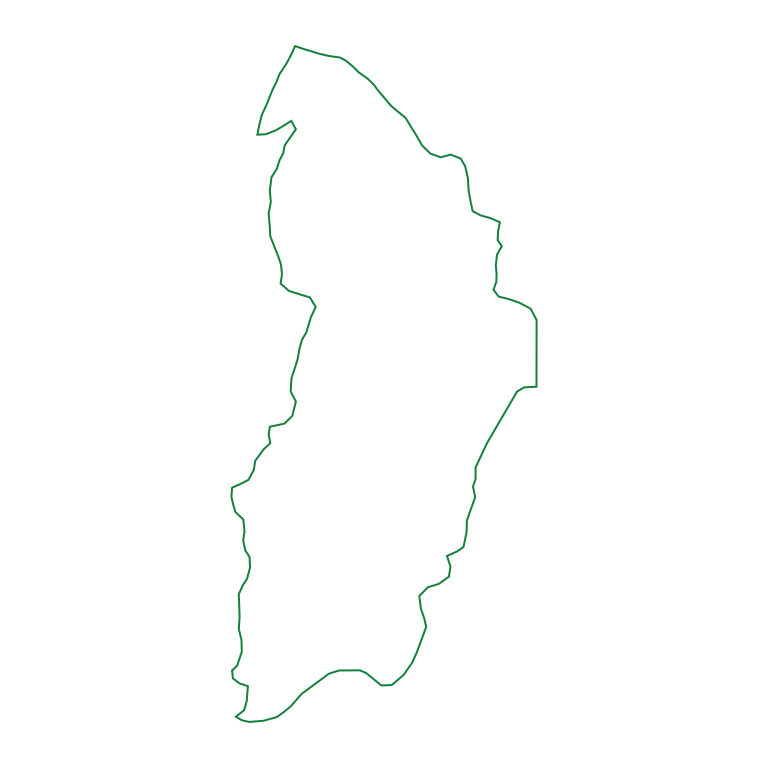 the district of Ibirarema, São Paulo, Brazil
{"feature_id": "56859067B25335927627564", "entity_name": "Ibirarema", "entity_type": "district", "adm_level": 2, "iso_a3": "BRA", "parent_name": "Brazil", "parent_adm1": "São Paulo", "projection": "orthographic", "projection_center": [-50.087, -22.811], "detail": "fine", "context": "isolated", "style": "outline", "palette": "green", "viewbox_px": 768, "rotation_deg": 0, "n_neighbors": 0, "source": "geoboundaries", "source_scale": "gbopen_adm2", "svg_char_len": 2040}
<svg xmlns="http://www.w3.org/2000/svg" viewBox="0 0 768 768"><path d="M295.1,46.1L290.6,55.9L286.2,64.0L279.5,74.1L276.2,82.6L272.8,89.1L266.8,104.1L261.9,114.7L259.2,125.3L257.4,134.7L266.0,134.2L276.2,130.2L291.3,120.9L295.9,129.3L289.6,138.3L284.8,145.2L283.2,153.3L279.5,160.3L276.9,168.7L271.5,177.2L269.8,190.6L270.8,201.9L268.6,213.4L269.8,226.7L270.2,236.0L274.2,246.2L278.4,256.8L281.0,264.8L282.0,274.3L280.6,283.6L288.9,290.9L300.6,294.6L309.9,297.4L315.7,307.0L310.9,317.2L306.4,332.2L301.9,339.9L299.7,347.7L297.5,359.6L294.9,367.9L291.5,378.1L290.7,391.5L295.9,401.6L292.3,415.9L284.4,423.6L269.8,426.8L268.7,434.5L270.3,443.1L263.4,449.6L255.2,460.9L253.8,470.0L248.4,479.9L241.0,483.7L232.1,487.7L231.4,496.7L233.1,504.3L235.4,512.0L243.3,519.5L244.5,530.9L243.2,540.5L245.2,550.2L249.6,557.1L250.0,567.7L247.1,578.6L242.9,585.1L238.8,594.1L239.3,607.4L239.6,616.9L238.8,628.9L241.5,640.0L241.8,651.7L237.2,665.6L232.1,670.5L232.9,678.4L239.6,683.5L247.9,686.2L246.7,701.2L244.1,710.2L235.9,716.7L241.9,720.3L249.2,721.9L263.5,720.8L277.0,717.0L284.7,711.3L290.7,706.4L301.6,693.9L328.9,673.7L339.1,670.5L359.6,670.3L366.0,672.9L381.2,685.4L391.7,685.1L403.6,674.9L411.9,663.1L416.4,653.4L426.2,626.9L424.3,618.5L420.9,608.7L419.3,596.0L427.9,587.2L438.6,584.0L448.9,576.7L450.5,566.6L447.0,556.0L457.1,551.4L463.5,547.0L466.6,532.0L466.9,520.6L471.0,508.9L475.2,497.2L473.0,486.6L475.5,479.2L475.6,467.4L487.2,442.8L517.1,391.5L524.2,387.4L536.5,386.7L536.6,320.1L530.7,308.8L519.3,302.7L508.5,299.0L498.7,296.6L493.5,289.7L496.3,281.9L496.6,273.9L495.8,265.6L497.0,254.7L501.8,246.3L497.7,240.2L498.0,232.1L499.9,222.3L490.6,218.2L480.5,215.3L472.7,211.2L470.5,201.1L468.6,190.2L467.9,178.0L465.2,166.3L460.7,158.5L450.5,154.6L440.7,157.3L430.4,153.6L422.2,145.6L415.8,134.5L410.5,126.1L405.6,117.9L396.7,110.6L391.1,105.9L385.9,99.7L378.7,91.2L373.5,84.4L367.5,78.5L359.2,72.8L353.2,66.8L346.1,60.8L339.8,57.5L328.5,55.9L319.5,53.8L312.1,51.5L304.2,49.2L295.1,46.1Z" fill="none" stroke="#15803d" stroke-width="2"/></svg>